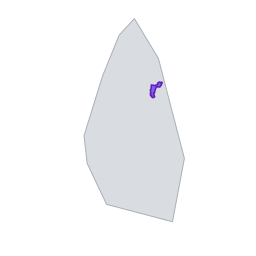 location of Gadette, Dennery, Saint Lucia, rotated 343°
{"feature_id": "8701671B91623550198243", "entity_name": "Gadette", "entity_type": "district", "adm_level": 2, "iso_a3": "LCA", "parent_name": "Saint Lucia", "parent_adm1": "Dennery", "projection": "albers", "projection_center": [-60.911, 13.957], "detail": "fine", "context": "in_parent", "style": "filled", "palette": "violet", "viewbox_px": 256, "rotation_deg": 343, "n_neighbors": 0, "source": "geoboundaries", "source_scale": "gbopen_adm2", "svg_char_len": 2718}
<svg xmlns="http://www.w3.org/2000/svg" viewBox="0 0 256 256"><g transform="rotate(343 128 128)"><path d="M173.0,173.6L143.1,230.7L85.2,194.8L78.6,149.8L83.7,122.5L119.2,70.4L146.8,36.5L166.1,25.3L177.4,70.3L173.0,173.6Z" fill="#d9dde1" stroke="#a8b0b8" stroke-width="1"/><path d="M159.4,102.5L159.2,102.7L159.2,102.9L159.1,103.0L159.1,103.3L159.1,103.5L159.4,103.9L159.4,104.0L159.5,104.0L159.6,103.9L159.8,103.9L159.9,104.0L160.0,104.2L160.0,104.3L160.1,104.5L160.0,104.8L160.0,105.0L159.9,105.0L159.9,105.3L160.0,105.3L160.1,105.5L160.3,105.6L160.5,105.8L160.6,106.0L160.7,106.3L160.8,106.3L161.0,106.3L161.3,106.3L161.5,106.3L161.8,106.2L162.0,106.2L162.3,106.1L162.5,106.0L162.6,105.9L162.6,105.7L162.7,105.4L162.7,105.2L162.5,104.9L162.5,104.7L162.5,104.4L162.4,104.3L162.4,104.2L162.3,103.9L162.5,103.8L162.5,103.7L162.5,103.4L162.4,103.2L162.4,102.9L162.5,102.9L162.8,102.7L163.0,102.6L162.9,102.5L162.9,102.4L162.9,102.2L163.0,102.2L163.2,101.9L163.3,101.7L163.5,101.7L163.9,101.7L164.0,101.6L164.0,101.4L164.1,101.2L164.1,100.9L164.1,100.7L164.3,100.5L164.5,100.4L164.6,100.2L165.1,99.7L165.4,99.4L165.5,99.1L165.6,98.8L165.6,98.7L166.0,98.1L166.3,97.8L166.6,97.7L166.8,97.7L167.0,97.7L167.4,97.3L167.5,97.3L167.7,97.2L168.0,97.2L168.4,97.3L168.5,97.3L168.7,97.5L168.9,97.5L169.0,97.5L169.3,97.6L169.5,97.6L169.6,97.8L169.8,98.0L170.1,97.9L170.3,97.9L170.6,98.0L170.8,97.9L171.0,97.7L171.3,97.4L171.5,97.2L172.0,97.0L172.1,96.9L172.3,96.7L172.5,96.4L172.8,96.2L173.0,95.9L173.0,95.6L173.1,95.4L173.3,95.3L173.3,95.2L173.5,95.0L173.6,94.9L173.8,94.7L174.0,94.5L174.0,94.4L173.9,94.3L173.8,94.2L173.6,94.1L173.4,94.0L173.2,94.1L172.9,94.2L172.7,94.3L172.7,94.2L172.5,93.9L172.4,93.8L172.1,93.8L172.0,93.7L171.9,93.5L171.8,93.4L171.7,93.3L171.5,93.2L171.3,93.2L171.1,93.3L170.9,93.3L170.5,93.4L170.3,93.5L170.2,93.6L169.9,93.7L169.6,93.7L169.6,93.8L169.5,94.0L169.4,94.2L169.3,94.3L169.3,94.7L169.2,94.8L169.1,95.0L168.9,95.1L168.7,95.2L168.4,95.2L168.3,95.3L168.2,95.3L168.1,95.2L167.9,95.1L167.6,95.2L167.2,95.1L167.1,95.3L166.9,95.5L166.7,95.6L166.6,95.4L166.4,95.4L166.2,95.3L165.6,95.1L165.3,94.9L165.2,94.8L165.1,94.7L164.9,94.5L164.5,94.4L164.3,94.4L164.0,94.3L163.9,94.3L163.6,94.2L163.4,94.0L163.3,93.9L163.1,93.7L162.9,93.7L162.6,94.5L162.5,94.9L162.3,95.2L161.7,96.8L161.7,97.0L161.4,97.3L161.3,97.5L161.2,97.6L161.1,97.8L160.9,97.9L160.8,98.0L160.7,98.3L160.5,98.5L160.4,98.5L160.4,98.8L160.4,99.0L160.3,99.3L160.3,99.5L160.3,99.8L160.3,100.0L160.2,100.3L160.1,100.6L159.9,100.7L159.9,100.8L159.8,101.0L160.0,101.2L160.0,101.4L160.0,101.5L159.9,101.6L159.9,101.9L159.8,102.0L159.7,102.0L159.8,102.2L159.8,102.3L159.7,102.4L159.4,102.5Z" fill="#8b5cf6" stroke="#5b21b6" stroke-width="1.5"/></g></svg>